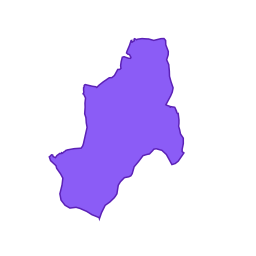 outline of Bafoulabe, Kayes, Mali, rotated 203°
{"feature_id": "8926073B35923162225659", "entity_name": "Bafoulabe", "entity_type": "district", "adm_level": 2, "iso_a3": "MLI", "parent_name": "Mali", "parent_adm1": "Kayes", "projection": "equal_earth", "projection_center": [-10.509, 13.682], "detail": "fine", "context": "isolated", "style": "filled", "palette": "violet", "viewbox_px": 256, "rotation_deg": 203, "n_neighbors": 0, "source": "geoboundaries", "source_scale": "gbopen_adm2", "svg_char_len": 2306}
<svg xmlns="http://www.w3.org/2000/svg" viewBox="0 0 256 256"><g transform="rotate(203 128 128)"><path d="M161.5,35.5L155.8,32.3L150.2,31.6L144.8,34.7L140.8,35.2L133.4,35.1L127.3,34.1L123.7,34.2L119.9,34.2L119.4,34.1L118.9,33.4L119.3,39.7L118.8,47.9L115.8,52.8L113.5,58.2L113.0,60.1L112.5,63.1L114.6,71.5L114.0,75.5L112.8,78.6L111.9,80.9L108.2,83.4L106.7,85.1L106.3,87.6L107.2,94.7L105.2,101.2L103.4,108.4L100.3,111.0L98.1,112.5L96.5,116.7L96.0,118.5L94.6,119.5L94.1,119.8L93.9,119.9L93.3,120.0L89.4,120.5L88.1,120.7L82.3,118.6L73.3,111.5L70.6,113.8L68.8,117.1L66.8,126.9L68.9,127.4L69.8,129.5L71.0,135.3L73.1,140.2L77.4,143.1L79.9,146.7L82.1,149.4L82.8,151.9L84.2,155.3L87.5,161.0L87.9,160.7L89.1,161.2L89.5,161.9L90.0,162.6L90.5,162.7L90.5,162.8L90.9,163.4L91.3,163.7L91.6,164.0L92.2,164.6L93.1,165.3L94.2,165.1L95.1,164.8L96.2,164.6L96.7,164.5L97.1,163.7L97.3,163.7L97.3,164.2L97.5,164.3L101.0,164.1L102.2,164.2L102.1,165.4L101.3,174.2L101.3,178.4L102.2,182.6L106.6,187.5L110.0,191.8L112.2,196.6L114.4,200.6L115.2,202.2L119.1,205.9L119.6,211.1L120.8,214.2L125.7,219.3L127.6,223.3L129.8,224.4L132.5,223.2L138.5,218.7L143.8,218.0L146.2,217.1L150.0,215.8L153.7,213.6L154.6,212.6L155.7,212.7L156.8,212.8L157.0,212.6L157.0,212.3L157.0,211.8L156.3,210.8L156.5,210.4L157.3,209.6L157.4,208.9L157.7,208.8L158.1,209.0L158.3,208.5L159.0,208.7L159.0,209.9L159.3,209.7L158.9,204.5L158.9,198.3L158.7,196.5L156.9,195.9L155.3,196.1L152.9,194.2L152.9,193.1L154.7,192.4L159.5,192.1L160.9,190.9L160.2,186.4L159.2,182.6L157.8,180.1L158.5,178.7L160.3,177.9L161.0,171.0L162.5,168.1L164.9,166.9L168.7,161.0L171.4,156.1L172.6,153.1L173.8,153.4L175.2,153.0L177.1,152.5L184.1,151.3L184.1,151.2L184.3,151.1L184.7,150.8L184.8,150.7L184.9,149.8L184.6,149.1L184.5,148.7L184.6,147.6L184.2,146.8L184.0,146.3L183.7,145.5L182.7,143.8L182.6,143.1L182.7,142.1L182.4,142.2L178.8,139.0L177.3,134.0L175.6,130.4L173.4,124.1L170.8,121.1L168.4,116.4L165.9,112.6L162.9,96.2L162.7,93.7L163.3,91.1L169.4,88.0L175.2,84.2L176.6,82.9L176.6,82.7L177.0,81.8L177.6,81.1L178.3,79.6L178.6,79.1L179.5,79.3L179.7,78.2L180.9,77.9L182.7,74.8L183.2,72.4L185.7,72.4L186.8,73.7L188.0,73.4L188.5,71.9L189.2,70.7L186.5,67.7L179.6,65.2L177.9,63.0L172.1,59.4L168.4,56.4L166.5,50.0L165.0,40.8L161.5,35.5Z" fill="#8b5cf6" stroke="#5b21b6" stroke-width="1.5"/></g></svg>